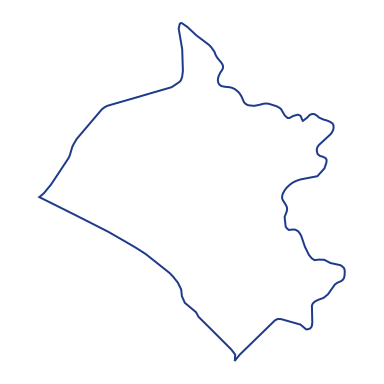 Lambayeque, orthographic projection
{"feature_id": "PER-566", "entity_name": "Lambayeque", "entity_type": "Department", "adm_level": 1, "iso_a3": "PER", "parent_name": "Peru", "parent_adm1": "", "projection": "orthographic", "projection_center": [-79.581, -6.354], "detail": "fine", "context": "isolated", "style": "outline", "palette": "blue", "viewbox_px": 384, "rotation_deg": 0, "n_neighbors": 0, "source": "natural_earth", "source_scale": "10m", "svg_char_len": 2216}
<svg xmlns="http://www.w3.org/2000/svg" viewBox="0 0 384 384"><path d="M234.6,361.0L234.9,360.0L235.2,354.6L231.3,349.5L209.2,327.4L198.4,316.7L196.1,312.3L184.8,302.8L181.9,296.2L181.2,289.5L177.9,282.7L173.0,276.5L169.6,273.0L145.8,254.1L135.3,247.4L108.5,231.9L74.8,214.8L39.3,197.1L43.9,193.2L51.0,184.6L68.6,158.0L69.8,155.4L72.2,147.1L73.6,144.2L76.8,138.8L101.9,109.3L104.4,107.4L107.1,105.9L171.6,87.2L179.1,82.2L180.8,80.5L182.1,77.0L182.9,71.0L182.2,49.2L178.7,28.7L179.7,24.0L180.9,23.0L181.9,23.2L187.3,26.9L196.4,35.4L209.0,44.9L211.4,47.4L214.5,51.9L215.5,54.7L216.7,56.9L217.9,58.6L220.9,62.1L222.5,64.5L223.1,66.7L222.7,68.9L221.7,70.7L220.4,72.4L218.6,76.2L218.1,78.1L217.9,79.5L217.9,80.8L218.3,82.7L219.3,84.5L221.2,86.0L224.4,86.7L230.2,87.3L232.8,88.1L235.4,89.5L238.5,92.1L240.2,94.3L241.5,96.5L244.1,102.4L245.8,104.0L248.0,105.2L252.2,105.7L254.3,105.8L258.8,105.0L263.2,103.8L265.7,103.5L268.5,103.7L276.8,106.3L279.2,107.7L280.9,108.9L284.8,115.5L287.6,118.0L289.8,117.9L291.9,116.6L294.0,115.7L297.6,114.7L299.7,115.3L300.9,116.4L301.6,118.3L301.8,119.1L302.9,120.9L307.2,117.6L309.6,115.0L312.1,114.0L314.3,114.1L316.1,115.1L317.6,116.2L318.8,117.4L322.8,119.3L327.8,120.8L330.6,122.1L332.7,123.7L333.5,125.5L333.6,127.9L333.1,130.1L332.1,132.1L331.0,133.8L318.8,145.1L317.6,146.8L316.8,149.0L316.9,151.4L317.6,154.0L319.8,155.9L322.7,156.7L325.6,158.1L326.6,159.9L326.4,162.5L324.5,168.3L317.4,176.2L300.6,179.4L295.9,181.0L292.4,182.8L290.0,184.6L286.8,187.5L284.8,190.1L282.9,193.4L282.2,196.0L282.1,198.2L282.8,200.1L286.1,205.4L286.9,207.3L287.1,209.6L286.6,211.8L284.6,217.0L285.7,226.7L286.9,228.3L288.7,229.9L290.8,229.8L293.0,229.5L295.4,229.7L298.1,231.2L300.1,233.8L301.3,236.1L304.9,246.7L308.9,254.9L311.7,258.3L314.5,260.1L319.3,259.6L324.3,259.8L330.4,263.0L340.5,265.2L342.3,266.4L344.2,268.4L344.7,270.7L344.7,273.3L344.5,275.8L344.0,278.0L342.8,279.8L341.2,281.1L337.4,282.7L334.8,284.6L327.9,294.4L323.5,297.9L318.3,299.8L314.6,301.7L312.8,303.5L311.9,305.6L312.3,322.5L311.9,325.7L311.3,327.2L310.0,328.5L308.7,329.1L306.2,329.4L300.5,324.6L281.1,319.1L277.9,319.0L276.1,319.7L274.8,320.5L239.8,354.6L234.6,361.0Z" fill="none" stroke="#1e3a8a" stroke-width="2"/></svg>